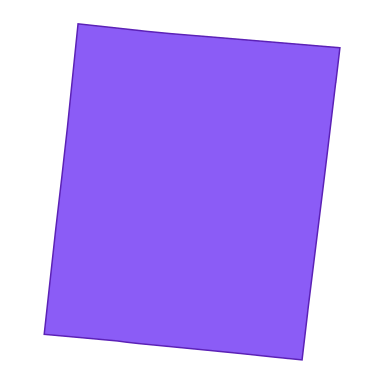 Guilford, North Carolina, United States of America, rotated 274°
{"feature_id": "52423323B75500493210020", "entity_name": "Guilford", "entity_type": "district", "adm_level": 2, "iso_a3": "USA", "parent_name": "United States of America", "parent_adm1": "North Carolina", "projection": "natural_earth1", "projection_center": [-79.836, 36.079], "detail": "fine", "context": "isolated", "style": "filled", "palette": "violet", "viewbox_px": 384, "rotation_deg": 274, "n_neighbors": 0, "source": "geoboundaries", "source_scale": "gbopen_adm2", "svg_char_len": 564}
<svg xmlns="http://www.w3.org/2000/svg" viewBox="0 0 384 384"><g transform="rotate(274 192 192)"><path d="M346.2,329.5L348.5,159.8L348.5,159.2L349.0,139.8L349.1,135.6L351.8,66.6L247.4,63.2L217.0,61.9L216.9,61.9L197.4,61.1L195.6,61.0L143.8,58.6L40.1,54.5L39.7,54.5L38.2,127.8L37.7,135.6L37.6,137.3L37.5,139.7L37.1,149.2L34.5,244.1L34.3,250.2L34.3,251.4L33.0,286.5L32.8,294.4L32.6,298.9L32.6,300.8L32.2,313.5L78.6,315.7L83.6,315.9L85.5,316.0L208.5,322.6L239.6,324.2L311.0,327.7L311.1,327.8L346.2,329.5Z" fill="#8b5cf6" stroke="#5b21b6" stroke-width="1.5"/></g></svg>